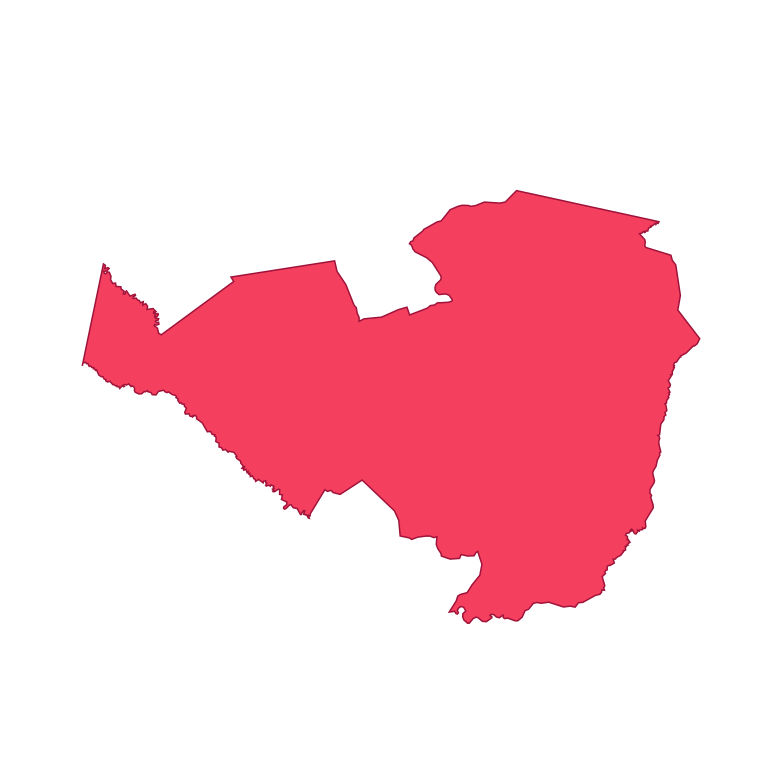 the district of Zambezi, North-Western, Zambia, rotated 12°
{"feature_id": "96606910B76619304368438", "entity_name": "Zambezi", "entity_type": "district", "adm_level": 2, "iso_a3": "ZMB", "parent_name": "Zambia", "parent_adm1": "North-Western", "projection": "mercator", "projection_center": [22.726, -13.599], "detail": "fine", "context": "isolated", "style": "filled", "palette": "rose", "viewbox_px": 768, "rotation_deg": 12, "n_neighbors": 0, "source": "geoboundaries", "source_scale": "gbopen_adm2", "svg_char_len": 6130}
<svg xmlns="http://www.w3.org/2000/svg" viewBox="0 0 768 768"><g transform="rotate(12 384 384)"><path d="M84.6,324.9L85.1,429.1L85.2,426.1L87.5,424.8L88.9,426.0L90.1,425.5L92.0,428.1L93.4,427.4L94.7,428.6L96.7,428.3L96.6,429.5L97.8,429.4L99.0,430.7L99.9,430.0L103.1,434.4L105.7,435.6L107.6,435.3L109.2,437.3L111.0,437.6L111.2,438.8L113.2,439.5L115.3,438.3L119.0,441.1L120.0,440.6L121.6,441.6L123.0,441.2L123.4,442.1L125.4,441.8L126.5,443.3L128.5,439.9L129.9,440.8L130.5,440.3L129.4,439.7L130.1,438.5L132.5,438.5L134.1,436.9L137.1,439.1L137.7,438.1L139.5,438.6L141.1,440.2L141.1,442.1L142.4,443.8L146.2,444.7L149.1,443.9L150.9,441.3L152.2,441.3L153.9,439.7L154.5,440.6L157.8,440.8L159.5,442.6L163.2,442.1L164.9,438.2L169.7,435.9L171.5,437.2L173.5,437.5L175.0,436.6L178.9,438.3L182.1,438.5L183.7,439.4L183.4,440.6L185.5,441.2L185.7,442.8L188.1,445.2L189.8,444.6L190.6,445.6L193.0,445.4L193.3,447.1L195.7,448.8L195.0,453.2L196.0,454.7L199.4,453.7L201.0,455.8L202.8,455.8L203.5,455.0L203.7,455.9L205.7,453.8L207.5,455.0L207.9,457.0L214.3,459.8L221.1,467.5L224.2,466.5L226.4,469.0L229.1,468.8L228.9,470.1L230.2,470.4L231.1,471.9L231.4,475.2L235.0,476.3L235.7,479.9L238.3,480.1L240.1,482.2L242.6,481.0L245.7,483.1L246.3,482.1L251.3,482.0L255.1,485.2L254.3,486.0L255.4,487.4L259.8,489.3L260.3,491.1L263.2,493.5L264.8,493.8L264.6,494.9L263.3,494.5L262.5,496.0L264.6,496.4L264.8,497.4L266.8,496.3L268.1,498.5L269.2,497.9L268.8,499.3L271.2,499.3L270.6,500.3L272.5,501.2L272.5,502.3L274.6,501.4L276.4,503.7L277.8,504.1L278.7,505.9L281.2,503.5L286.4,505.8L286.6,504.0L288.4,503.3L288.9,505.1L290.0,505.3L289.3,507.6L290.1,508.3L292.4,506.9L294.1,507.7L294.6,506.1L297.6,506.9L297.1,508.0L298.1,509.1L296.8,510.0L298.6,511.0L297.4,511.9L297.9,512.4L299.5,512.0L302.5,508.9L303.8,508.8L304.8,513.7L307.7,513.6L307.7,518.3L313.5,519.7L313.9,522.2L311.5,525.1L311.6,526.5L312.6,527.1L314.0,526.3L316.9,521.8L318.1,521.4L320.9,523.9L325.0,523.9L329.4,529.0L330.1,528.9L331.6,524.6L332.8,524.4L332.5,528.2L335.8,528.3L337.7,530.7L338.9,530.9L337.5,528.3L339.1,528.3L338.9,526.2L348.2,499.6L350.9,500.8L354.3,499.1L356.8,500.8L364.0,501.1L382.6,482.5L420.6,505.9L426.8,514.3L431.4,529.3L440.9,529.3L443.4,530.3L448.8,526.8L456.5,524.1L460.7,523.2L464.8,523.9L467.5,522.3L468.5,530.1L470.8,533.8L474.8,537.7L476.0,540.4L485.1,541.5L494.1,538.9L494.9,534.8L501.5,534.9L507.8,533.3L509.1,529.7L510.5,528.3L517.3,540.0L517.5,551.2L512.0,561.9L508.7,570.8L502.4,574.0L500.3,576.1L499.7,581.4L495.2,593.5L500.3,591.7L502.1,593.5L503.6,593.8L504.3,592.2L502.7,589.9L503.8,587.3L505.5,585.7L508.2,585.7L511.2,589.0L508.9,592.3L509.4,595.4L511.2,598.2L515.6,600.7L517.2,600.2L519.9,595.0L522.4,593.0L524.6,593.0L529.5,595.7L533.6,595.2L538.1,590.2L537.8,589.1L535.8,588.5L536.5,587.0L539.4,586.8L542.3,588.5L545.4,588.7L548.5,585.4L549.3,587.6L550.5,588.4L553.9,587.3L561.6,588.4L564.2,587.7L567.6,583.4L569.1,576.4L572.2,574.3L575.7,567.5L579.1,565.9L583.3,565.8L590.5,563.2L605.9,564.8L612.3,562.6L617.4,562.5L619.6,557.6L623.9,556.2L634.7,546.8L638.9,544.8L640.1,542.5L639.9,540.1L642.5,539.9L641.3,537.8L641.9,535.4L637.5,527.1L640.0,523.4L639.0,522.2L639.8,520.0L641.0,519.4L640.3,516.5L641.1,514.9L643.0,514.4L646.5,511.2L644.6,507.6L646.8,507.1L647.4,505.5L651.2,502.3L653.3,497.9L652.8,497.4L654.8,496.2L653.8,492.7L655.0,492.6L655.2,491.0L656.0,490.8L655.4,490.4L656.9,488.3L656.6,487.4L657.2,487.4L654.8,485.0L654.3,485.6L653.8,482.5L651.7,481.7L652.1,479.8L655.1,478.4L655.1,477.0L656.8,476.3L655.6,475.4L656.0,474.6L657.5,475.0L660.0,478.1L661.5,478.4L663.0,475.4L662.4,474.2L664.4,474.7L664.4,473.6L667.1,472.7L666.8,471.0L667.8,471.5L669.4,470.8L669.8,469.1L668.0,463.7L673.1,449.2L672.3,446.2L668.4,439.4L668.9,437.3L666.9,435.6L666.1,431.7L668.7,424.4L668.7,422.3L665.5,415.7L665.4,413.1L667.2,407.9L667.2,401.7L668.6,396.3L667.9,394.1L668.9,393.0L665.6,386.1L664.7,382.8L665.0,379.9L664.1,378.1L662.5,377.3L664.1,376.1L663.1,365.6L665.2,360.8L664.7,357.5L666.1,355.8L664.7,353.5L666.2,351.2L664.1,346.0L662.9,344.9L664.3,343.9L663.9,341.4L665.4,338.0L664.6,337.1L665.4,334.6L664.4,333.4L665.4,332.5L662.7,329.0L664.2,327.4L664.2,324.9L661.4,321.7L663.3,316.4L662.5,315.5L664.1,314.9L663.4,312.1L664.6,307.5L663.7,307.1L664.3,305.7L663.3,305.3L663.7,302.8L665.6,301.6L667.7,296.4L668.7,295.8L668.2,295.0L673.2,290.8L678.4,282.7L679.7,282.3L682.0,279.5L683.4,274.0L656.0,250.6L655.5,235.8L644.6,206.8L640.3,203.1L637.9,198.4L611.6,196.0L610.3,194.5L610.1,190.9L609.0,188.5L602.6,183.9L605.0,182.7L605.8,181.0L607.1,181.6L607.5,180.4L608.1,180.9L608.3,180.0L610.2,179.5L610.4,176.4L612.4,175.2L611.9,174.1L613.0,174.0L616.3,170.3L616.8,171.3L617.7,169.6L618.7,169.9L619.2,168.1L473.4,167.3L464.9,180.7L460.0,182.9L444.3,185.2L436.4,190.5L431.8,192.2L429.7,191.8L423.4,192.9L419.5,194.8L412.5,199.7L406.1,212.5L402.3,214.4L390.7,224.6L390.2,226.2L383.0,234.8L382.5,238.0L380.5,239.2L379.7,241.5L382.0,242.5L384.5,246.2L387.1,248.3L399.4,251.6L406.0,255.1L416.5,265.8L417.8,267.6L417.8,270.3L414.1,275.7L413.8,278.9L414.6,281.8L416.3,283.5L419.2,285.1L425.5,283.1L429.2,283.6L433.3,287.5L433.3,288.7L430.2,290.6L419.2,293.6L417.2,296.1L413.0,297.7L410.5,300.9L394.7,311.1L390.5,304.1L382.7,308.2L367.7,319.1L351.0,324.4L346.6,327.8L345.8,324.0L343.0,320.2L341.1,315.2L338.3,313.1L326.0,294.7L314.6,283.6L310.1,273.8L212.1,311.2L215.7,315.0L155.9,382.2L153.0,381.2L150.8,376.5L147.1,374.8L147.3,373.6L149.6,373.6L151.4,372.3L150.7,370.5L148.6,371.1L147.5,370.5L147.7,369.4L149.9,368.4L150.0,367.0L146.8,367.0L145.7,366.0L145.7,364.5L146.7,365.5L147.9,365.3L148.9,363.3L148.3,362.1L145.2,363.1L143.8,362.6L143.7,361.4L145.5,361.4L146.0,360.6L142.3,358.2L136.7,360.4L136.6,357.1L134.2,354.9L131.7,357.0L131.4,353.5L129.0,355.1L127.2,353.2L125.4,353.1L123.8,351.5L120.8,352.4L120.4,351.1L122.5,349.1L121.8,348.0L117.2,350.8L112.8,346.5L112.0,347.4L112.0,349.8L110.4,350.2L110.3,347.1L107.3,345.9L106.4,343.6L101.7,344.3L100.4,341.1L97.8,342.1L94.8,338.8L94.6,335.5L92.0,331.8L90.2,331.9L88.8,334.1L87.4,333.8L86.3,332.1L89.3,331.1L91.1,328.1L89.8,327.6L86.8,329.2L86.9,325.9L84.6,324.9Z" fill="#f43f5e" stroke="#9f1239" stroke-width="1.5"/></g></svg>